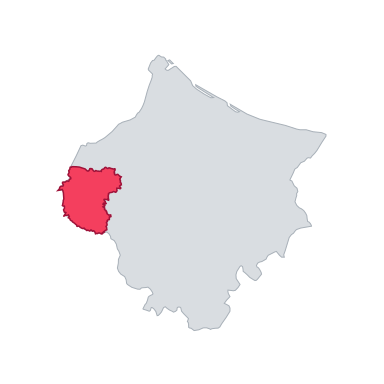 Bounkani, Zanzan, Ivory Coast shown in context, rotated 215°
{"feature_id": "98640826B90856530326373", "entity_name": "Bounkani", "entity_type": "district", "adm_level": 2, "iso_a3": "CIV", "parent_name": "Ivory Coast", "parent_adm1": "Zanzan", "projection": "mercator", "projection_center": [-3.483, 9.078], "detail": "fine", "context": "in_parent", "style": "filled", "palette": "rose", "viewbox_px": 384, "rotation_deg": 215, "n_neighbors": 0, "source": "geoboundaries", "source_scale": "gbopen_adm2", "svg_char_len": 9359}
<svg xmlns="http://www.w3.org/2000/svg" viewBox="0 0 384 384"><g transform="rotate(215 192 192)"><path d="M98.1,90.0L99.2,90.0L102.2,89.1L104.9,87.1L107.4,83.0L110.8,79.7L114.6,79.9L115.7,79.3L117.1,79.2L118.7,81.4L120.3,83.0L121.4,83.1L122.3,86.3L129.3,87.6L132.2,88.4L134.8,90.7L135.6,90.8L136.7,90.3L137.5,89.5L137.7,88.6L136.6,86.5L137.1,84.7L138.2,83.0L140.0,82.9L142.7,82.4L145.8,82.4L148.1,82.7L149.0,81.0L148.2,76.3L148.4,73.8L148.8,71.6L149.6,70.7L153.1,73.4L156.2,74.4L158.5,74.5L159.1,74.0L158.2,71.0L158.4,70.1L159.3,69.6L160.7,69.3L164.8,68.0L165.2,68.3L165.9,73.0L165.6,74.5L166.4,77.8L167.5,80.7L167.4,81.9L166.5,83.8L165.5,85.5L165.6,86.2L167.2,87.3L170.3,88.5L173.5,88.8L175.3,87.0L177.1,85.6L178.4,84.4L178.8,82.5L180.9,81.2L186.6,79.4L191.9,79.2L193.2,79.7L195.6,82.3L198.6,84.1L203.3,83.9L206.6,84.9L209.5,86.9L211.5,91.4L213.6,94.6L214.5,99.1L217.9,101.5L220.5,102.6L224.1,105.9L227.8,107.6L231.6,107.2L233.4,109.0L236.3,110.2L239.1,110.3L241.6,106.5L244.9,104.9L253.3,101.9L256.6,100.5L260.0,99.6L268.1,99.4L275.6,100.3L279.3,101.0L281.9,100.5L284.3,102.3L286.8,106.1L288.8,107.3L290.9,108.6L292.5,111.6L294.3,114.6L295.3,115.9L297.5,118.9L299.5,118.9L301.4,117.6L302.2,116.7L302.6,118.6L301.8,121.8L302.0,123.7L303.0,124.5L302.5,127.0L300.2,131.2L300.2,133.7L302.4,134.5L304.0,137.2L304.9,141.8L305.9,143.3L306.0,144.2L307.6,155.3L309.5,166.3L308.3,167.8L306.6,168.2L305.4,168.7L305.1,169.8L305.9,171.3L305.4,172.7L303.2,173.6L298.6,177.1L298.3,178.5L297.0,181.5L296.0,183.3L294.5,186.7L292.1,195.7L291.2,203.1L291.0,205.4L290.1,207.0L289.0,209.3L284.0,215.6L281.4,220.8L281.7,223.1L281.8,225.4L281.1,227.0L281.2,231.4L281.8,235.0L282.7,238.6L286.4,248.8L288.3,255.0L289.5,260.0L290.5,263.3L291.5,264.7L291.9,266.0L297.4,266.9L298.4,267.6L299.9,274.1L299.7,277.1L298.6,278.2L298.6,280.7L298.4,283.7L297.6,285.0L294.5,285.1L292.5,286.3L289.7,285.8L289.5,285.1L288.0,284.8L284.0,283.0L284.6,277.4L282.8,277.2L281.3,277.9L278.5,284.7L277.1,285.8L256.9,282.3L252.5,279.5L247.3,278.9L238.2,279.2L230.6,280.0L228.5,281.7L247.5,280.8L249.5,280.9L250.5,282.0L226.4,284.2L217.2,285.5L214.5,285.2L212.5,283.0L202.5,282.7L200.5,283.4L199.2,285.0L203.1,284.7L209.3,284.6L211.0,285.8L191.6,287.4L178.2,290.5L172.5,292.7L153.7,300.1L142.3,303.6L139.3,304.9L134.1,308.5L127.4,310.8L119.9,315.0L115.3,316.0L114.3,314.6L114.1,307.4L113.5,297.8L113.7,294.1L114.3,290.6L114.4,287.8L116.6,286.7L117.2,285.5L117.6,281.7L119.7,278.3L119.8,272.4L120.4,271.1L120.9,269.6L120.0,265.7L118.8,258.3L118.2,257.8L117.7,258.1L116.5,258.3L111.8,255.7L108.1,255.3L105.6,253.1L105.4,250.6L104.2,249.2L103.3,246.3L102.0,243.0L98.4,241.1L95.1,240.6L92.7,241.0L89.9,240.9L86.7,239.8L84.4,238.5L82.3,236.1L80.4,234.2L78.8,234.5L76.9,234.0L75.1,233.1L74.5,232.5L82.3,224.8L84.9,221.1L85.2,218.8L85.2,216.5L86.1,214.1L86.3,210.5L82.0,197.4L80.9,193.3L79.7,192.1L79.0,191.6L81.2,190.0L84.2,190.4L88.8,191.7L89.8,190.4L93.3,183.8L93.2,181.3L92.8,179.6L94.9,175.1L96.5,173.3L97.4,171.4L97.1,168.8L95.9,167.9L94.2,168.0L92.3,167.4L89.4,165.9L87.9,164.6L88.3,158.6L88.6,156.7L89.6,155.6L91.3,155.4L95.8,155.2L99.5,155.9L102.8,156.3L104.5,156.3L105.9,158.0L107.8,159.9L109.5,159.8L110.0,158.5L109.7,152.6L108.5,149.4L106.1,146.4L99.6,143.8L99.5,140.2L100.1,136.3L101.5,134.8L106.3,132.3L105.5,131.0L103.9,129.6L100.9,128.1L101.6,123.4L101.7,119.3L99.2,119.7L96.5,120.0L94.3,118.7L92.5,116.1L92.1,109.1L92.1,101.0L91.8,97.5L92.5,95.5L94.7,93.8L97.2,91.5L98.1,90.0ZM287.1,285.9L286.1,287.4L281.0,286.5L282.2,285.2L287.1,285.9Z" fill="#d9dde1" stroke="#a8b0b8" stroke-width="1"/><path d="M304.9,143.9L304.8,143.6L304.9,143.2L305.9,142.6L306.0,142.5L306.0,142.3L305.5,141.2L305.1,140.5L305.1,140.1L305.3,139.1L305.2,138.7L304.8,138.3L304.1,138.0L303.9,137.7L303.8,137.1L303.7,136.4L303.7,135.5L303.6,135.2L303.2,134.8L301.9,134.5L301.3,134.4L300.5,134.4L299.8,134.3L299.3,133.9L299.0,133.5L298.9,133.3L298.9,133.1L299.4,132.6L299.6,132.0L299.4,130.9L299.1,130.3L299.2,130.0L299.5,129.7L300.3,129.6L300.7,129.4L301.2,128.6L301.4,127.7L301.5,127.5L302.1,127.0L302.3,126.7L302.9,126.5L303.3,126.2L303.6,125.7L303.5,125.4L302.8,124.6L302.6,124.5L301.8,124.4L301.4,124.1L301.2,123.7L301.1,123.0L301.1,122.8L301.2,122.6L301.9,122.3L302.1,121.9L302.5,121.7L302.8,121.4L303.0,120.7L302.9,119.6L302.5,119.0L302.4,118.6L302.5,117.8L302.6,117.1L302.7,116.4L301.0,118.1L299.8,119.6L298.6,119.1L297.6,118.1L297.1,117.8L293.0,112.8L292.6,111.2L291.8,110.0L291.4,109.0L290.6,107.2L290.5,106.6L290.1,106.5L289.0,106.8L288.7,107.2L288.3,107.2L287.1,105.4L287.1,103.9L287.0,103.7L286.2,103.1L285.1,102.3L284.9,102.3L284.7,102.3L283.8,102.9L283.5,102.9L283.4,102.0L283.2,101.1L283.3,100.2L283.3,99.8L283.3,99.0L283.2,98.8L282.9,99.0L282.4,100.0L282.2,100.3L281.6,100.6L281.1,101.3L280.4,101.8L280.2,102.2L280.1,102.4L279.9,102.3L279.6,102.1L279.0,101.7L278.5,101.5L278.7,100.1L278.5,99.9L277.9,100.1L277.1,100.1L276.6,100.0L276.0,99.4L275.6,99.3L274.8,99.2L274.4,99.2L274.0,99.5L273.8,99.4L272.5,98.9L272.2,99.0L271.8,99.1L271.1,99.0L270.0,99.0L268.9,98.8L267.6,98.8L266.8,98.0L266.3,98.0L266.1,98.2L265.2,99.1L264.7,99.2L264.4,99.2L263.8,99.0L263.3,98.9L261.7,99.1L260.7,99.3L259.7,100.5L259.0,100.1L258.5,100.3L257.4,100.2L256.7,100.2L256.1,100.1L255.8,100.4L255.5,101.0L255.1,101.0L254.6,101.3L254.0,101.3L253.7,101.2L253.3,101.5L253.2,101.7L253.2,102.0L253.0,102.3L253.1,102.5L253.1,102.9L252.9,103.0L252.4,103.1L252.1,102.9L251.9,103.0L251.1,102.8L250.9,103.0L250.5,103.7L250.3,103.9L250.2,103.9L248.5,103.5L247.4,102.7L247.2,102.4L246.9,102.4L246.4,103.4L246.2,103.6L245.6,103.7L245.0,104.9L244.6,105.3L244.2,105.4L242.5,105.6L242.1,106.1L241.7,106.0L241.6,106.4L241.4,106.6L241.4,106.8L241.6,106.8L241.9,106.8L242.0,107.0L241.6,107.2L241.7,107.6L241.7,107.8L241.5,108.0L241.6,108.4L241.4,108.5L241.2,108.4L241.1,108.5L241.4,108.7L241.5,109.0L241.0,109.3L241.1,109.6L241.0,109.9L241.1,110.6L240.7,111.3L240.4,111.7L240.1,112.0L240.1,112.3L240.4,112.4L241.3,113.7L241.7,113.9L242.1,114.3L242.7,114.5L242.7,115.0L242.6,115.9L242.6,116.1L242.9,116.4L243.0,116.8L243.4,117.0L243.7,117.4L244.3,117.6L244.6,117.9L244.6,118.0L244.4,119.3L244.5,119.6L244.8,119.7L245.0,119.7L245.1,119.9L245.1,120.2L244.8,120.6L244.8,121.3L244.4,121.6L244.0,121.8L243.9,122.0L244.8,123.4L245.3,124.0L245.4,124.3L245.0,124.6L244.6,124.8L244.3,125.3L244.4,125.6L244.6,125.7L244.9,125.9L245.3,126.3L245.3,126.5L245.5,126.6L245.8,126.3L246.3,125.8L246.7,125.7L247.1,125.3L248.2,125.5L248.7,125.4L249.2,125.5L249.3,125.6L249.4,126.0L249.6,126.2L250.1,126.2L250.4,126.7L250.9,127.2L251.2,127.2L251.3,127.0L251.5,127.1L251.9,127.3L251.9,127.5L252.2,127.6L252.4,127.4L253.6,127.5L253.8,127.7L253.7,127.8L253.9,128.2L254.1,128.5L254.5,128.9L255.0,128.8L255.5,128.9L256.1,128.7L256.4,128.8L255.7,129.6L255.5,129.9L255.6,130.3L255.5,130.5L255.7,131.2L255.8,131.3L256.3,131.4L256.7,131.3L257.0,131.2L257.2,130.8L257.4,130.9L257.8,130.8L258.0,131.0L257.9,131.3L258.0,131.9L258.0,132.1L257.9,132.4L257.7,132.5L257.4,132.2L257.2,131.8L257.1,131.7L256.9,131.5L256.6,131.6L256.3,132.0L256.4,132.9L255.8,133.1L255.7,133.3L256.0,133.5L256.4,133.6L256.8,133.5L257.1,133.9L257.3,134.1L257.6,134.5L258.4,134.5L259.0,134.7L259.2,134.9L259.7,135.2L259.8,135.5L259.6,135.8L259.0,136.1L258.6,136.4L258.0,136.5L257.3,137.3L256.9,137.3L256.5,137.1L255.6,137.4L256.1,138.4L256.5,138.6L257.2,138.8L257.4,139.3L257.5,140.0L258.2,140.3L258.6,140.9L258.7,142.0L259.4,142.3L259.2,144.0L257.2,146.0L256.8,147.2L257.1,147.3L256.2,147.4L255.9,147.5L255.5,147.8L255.2,147.9L254.7,147.8L254.3,148.2L254.1,148.7L254.2,149.3L254.1,150.0L255.1,150.9L255.3,151.3L255.5,151.5L255.8,152.0L255.7,152.1L255.1,152.3L254.6,152.6L254.2,153.1L253.2,153.2L252.9,153.4L252.6,153.6L252.5,154.0L252.6,154.4L252.9,154.6L253.9,154.8L254.1,154.9L254.6,155.1L254.8,155.3L254.8,155.8L254.5,156.1L254.4,156.3L254.4,156.9L254.2,157.1L254.0,157.3L254.2,157.5L254.5,158.0L255.0,158.4L255.7,158.8L256.5,158.9L256.6,159.2L256.8,159.9L256.9,160.1L257.8,160.6L258.2,160.6L258.3,160.7L258.3,161.5L258.8,161.7L258.7,162.3L258.7,162.8L258.6,163.2L258.7,163.8L259.0,163.6L259.9,163.7L260.2,163.4L260.7,163.6L261.8,163.7L262.0,163.8L262.9,163.9L263.4,163.5L263.6,163.3L263.7,162.9L264.6,161.9L264.9,161.9L265.5,162.0L265.8,162.5L266.2,162.7L266.2,163.0L266.6,163.0L266.8,163.1L266.9,163.4L266.9,163.7L267.1,163.8L267.2,164.1L267.5,164.3L267.6,164.5L267.5,165.1L267.7,165.3L267.6,165.6L267.6,165.8L268.1,166.6L268.5,166.8L268.9,166.5L268.9,166.4L269.0,166.3L269.0,166.0L269.3,165.8L269.6,165.8L270.0,165.5L270.4,165.5L271.5,165.0L271.7,164.8L271.9,164.8L272.2,164.8L272.4,164.7L272.7,164.7L273.3,164.3L273.5,164.4L273.9,164.2L274.1,163.7L274.3,163.2L274.5,163.1L274.6,162.9L274.8,162.8L275.9,162.7L276.5,162.8L277.2,162.5L277.5,161.6L277.5,161.4L277.4,161.2L277.6,160.0L278.4,159.3L278.7,158.3L278.6,157.4L278.2,157.2L278.1,156.8L278.4,156.7L278.7,156.8L279.2,156.5L279.6,156.0L279.7,155.8L280.0,155.6L280.5,155.4L280.9,155.4L281.1,155.2L281.3,154.9L282.1,154.6L282.8,154.5L283.1,154.4L283.3,154.1L283.3,153.5L283.4,153.3L284.0,152.8L285.1,152.9L285.4,153.0L285.8,153.1L286.3,153.4L286.9,153.3L287.1,153.4L287.3,153.7L287.5,153.6L288.6,153.0L289.1,152.5L288.8,151.9L288.7,151.1L288.9,150.8L288.7,150.5L288.8,149.9L289.1,149.8L289.7,149.2L290.2,149.2L290.5,149.3L290.8,149.2L291.4,149.4L292.8,149.6L298.6,147.8L301.4,146.2L304.9,143.9Z" fill="#f43f5e" stroke="#9f1239" stroke-width="1.5"/></g></svg>